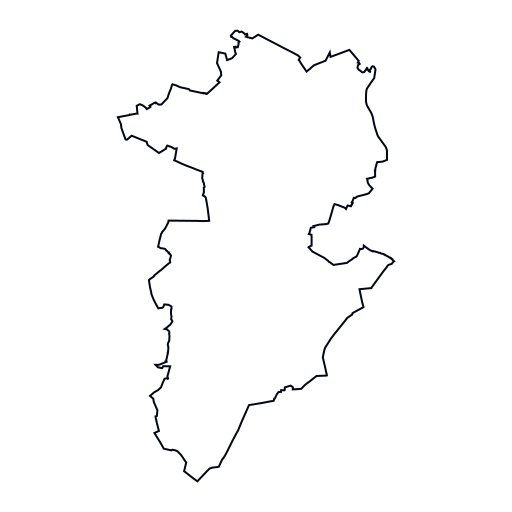 Tumes pag., Tukums, Latvia (orthographic projection)
{"feature_id": "27541924B85005755814597", "entity_name": "Tumes pag.", "entity_type": "district", "adm_level": 2, "iso_a3": "LVA", "parent_name": "Latvia", "parent_adm1": "Tukums", "projection": "orthographic", "projection_center": [23.074, 56.953], "detail": "fine", "context": "isolated", "style": "outline", "palette": "ink", "viewbox_px": 512, "rotation_deg": 0, "n_neighbors": 0, "source": "geoboundaries", "source_scale": "gbopen_adm2", "svg_char_len": 5969}
<svg xmlns="http://www.w3.org/2000/svg" viewBox="0 0 512 512"><path d="M225.1,455.4L227.3,451.2L232.4,440.9L237.2,431.9L238.1,430.4L241.1,423.0L249.0,405.1L262.4,402.9L271.2,401.2L273.6,400.9L274.2,398.6L274.9,398.4L276.8,394.3L277.6,393.3L278.4,392.2L278.9,392.0L281.0,391.9L281.2,390.1L284.5,390.3L284.7,390.1L284.8,387.4L290.6,385.6L292.4,386.8L292.8,387.2L292.9,388.0L292.8,389.4L299.4,389.0L301.4,388.7L304.8,385.1L308.2,382.4L308.4,382.4L316.5,376.0L323.9,375.7L326.0,375.6L326.9,375.4L324.9,366.3L323.7,361.3L322.8,357.1L323.4,354.4L324.4,350.0L325.1,347.7L330.6,339.1L334.7,333.6L338.4,329.1L347.4,317.8L352.3,314.5L352.5,313.1L363.2,307.3L363.5,307.0L362.2,302.3L360.1,292.4L359.5,289.2L371.3,288.1L371.3,287.9L377.6,279.2L383.4,271.3L386.4,267.5L387.4,266.0L388.5,264.9L391.7,263.9L393.2,261.9L394.1,261.3L392.0,259.3L392.2,259.1L391.0,258.1L390.9,258.4L387.8,256.4L384.6,254.8L384.7,254.6L383.1,253.9L381.0,253.5L380.1,252.8L379.0,252.9L378.0,252.4L373.1,251.0L372.8,251.4L370.5,250.4L368.7,249.3L366.5,247.7L363.8,245.6L363.7,247.2L362.9,248.7L361.4,249.0L359.9,248.9L359.8,249.5L356.8,256.1L355.8,256.9L353.3,258.1L352.1,259.3L348.8,261.4L347.3,262.7L346.4,263.0L333.4,264.9L329.8,262.2L329.0,261.9L328.3,261.0L324.3,257.9L312.5,251.6L308.5,247.2L308.8,246.9L311.6,245.6L311.6,236.5L311.5,235.8L311.5,234.8L308.8,234.0L309.6,232.7L310.8,227.8L314.1,227.2L313.5,226.1L313.9,226.0L319.4,224.6L326.2,224.1L328.3,223.5L329.5,220.1L330.7,216.0L330.8,215.7L333.5,206.3L334.5,204.1L338.1,205.1L341.5,206.5L344.3,207.5L344.9,207.9L346.0,209.0L347.1,206.6L347.6,205.5L350.9,206.3L351.1,206.0L351.2,205.4L352.0,203.9L352.2,204.1L352.7,203.1L352.2,202.8L352.3,202.5L351.8,202.2L352.5,201.3L353.8,197.8L355.4,198.0L356.7,196.8L357.3,196.5L364.9,194.6L368.7,193.4L372.6,188.7L369.5,185.5L368.8,184.5L367.8,182.6L367.2,178.9L367.5,178.8L367.4,178.7L372.1,177.7L373.9,177.1L375.1,176.5L375.1,172.6L374.9,170.8L375.2,170.8L375.4,168.3L376.3,165.3L376.3,164.7L377.2,162.1L382.3,161.7L387.0,159.9L387.0,153.2L387.0,151.4L386.8,150.1L386.5,148.8L386.0,147.6L385.4,146.5L378.6,137.1L377.9,136.0L377.4,134.9L375.5,129.1L374.6,126.0L373.7,122.1L373.1,118.7L372.7,116.8L372.1,115.0L371.2,112.8L367.0,105.6L366.5,104.0L366.2,102.6L366.0,100.7L366.0,95.1L366.3,91.1L366.6,89.7L366.8,89.2L367.0,88.5L371.1,82.4L374.2,78.1L375.5,69.5L374.1,66.7L372.4,66.3L371.7,67.0L371.3,67.5L371.0,68.7L369.4,70.2L369.4,70.6L370.1,71.4L370.0,71.8L369.4,71.6L368.6,71.0L368.6,70.1L368.0,69.8L367.2,69.7L366.8,69.1L367.4,68.8L367.4,68.2L367.0,67.9L364.3,72.0L362.7,72.4L362.1,72.3L360.2,70.6L358.9,69.9L357.5,67.9L357.7,66.1L358.3,64.8L359.7,63.9L359.0,62.9L357.8,62.6L358.7,60.9L349.4,49.9L330.5,56.9L329.8,52.4L325.6,60.7L314.1,65.2L312.4,66.6L309.5,69.2L308.8,69.7L306.6,71.6L301.4,64.0L299.2,60.4L298.7,60.0L300.2,57.5L297.9,55.4L290.3,51.3L285.6,49.0L258.2,34.7L252.4,38.4L248.3,37.4L246.0,36.7L247.4,35.1L247.0,33.8L244.9,34.4L244.4,33.5L241.7,31.6L239.3,32.2L237.7,30.7L235.1,30.9L233.2,33.0L231.1,35.4L230.9,35.5L231.2,36.9L232.1,36.9L233.4,38.3L234.7,38.9L238.7,40.9L239.5,41.7L238.5,42.6L238.6,43.9L237.8,47.2L235.9,47.5L235.7,46.7L234.1,47.0L235.5,53.0L235.9,54.0L232.4,57.9L231.8,58.3L227.1,60.1L225.3,53.6L218.7,52.2L217.0,63.1L221.0,71.8L221.2,75.4L217.3,80.6L218.5,81.4L219.5,82.3L209.8,91.3L206.7,94.0L205.6,93.7L205.7,93.3L203.4,92.9L203.3,93.3L190.0,90.5L188.8,89.1L180.4,87.3L178.0,86.3L176.5,85.5L172.5,84.3L171.9,85.2L170.9,88.8L168.9,93.5L167.5,98.1L161.4,104.5L158.7,104.6L155.8,102.6L155.6,102.8L155.5,102.5L154.0,103.1L151.2,104.8L149.5,105.6L150.4,106.9L149.0,107.9L146.8,109.1L146.2,108.3L146.4,108.2L143.2,105.7L142.2,105.2L139.9,104.2L136.7,105.8L137.5,113.6L136.9,113.5L129.9,114.8L129.7,114.7L129.6,115.0L117.9,117.2L120.9,124.0L121.4,128.0L125.5,139.4L125.6,139.5L127.1,139.6L131.6,135.7L146.7,141.8L147.6,145.0L159.0,153.0L166.0,148.7L166.2,147.4L167.3,145.6L171.6,147.1L174.3,148.8L176.7,148.4L175.0,158.5L174.2,160.2L181.8,163.7L187.0,165.9L190.8,167.3L191.2,167.4L196.5,169.6L202.7,171.9L202.6,172.4L202.7,172.9L203.1,173.4L202.5,173.9L202.4,174.3L202.4,176.3L202.2,176.9L202.2,178.3L202.7,179.6L202.9,180.5L202.8,181.1L202.9,181.5L203.6,182.4L203.9,183.2L203.9,184.1L204.1,184.8L204.6,186.9L203.8,187.8L203.9,188.0L203.8,190.7L204.0,191.9L202.9,195.4L205.0,196.6L205.9,197.9L206.3,200.4L207.7,208.5L209.2,220.8L203.5,221.1L197.4,220.9L168.6,220.6L168.6,221.1L168.1,222.7L165.3,228.2L163.3,230.7L162.0,232.2L162.0,232.7L161.0,234.1L160.6,236.2L159.6,239.8L158.1,246.8L159.0,247.1L160.6,248.2L162.7,248.4L165.0,248.9L165.8,249.7L166.2,250.6L167.1,251.0L167.7,251.8L168.3,252.3L168.9,252.5L168.7,253.4L169.9,254.0L171.0,255.6L170.1,258.9L169.7,259.8L170.2,262.4L168.5,263.6L164.8,266.7L160.8,270.3L159.9,270.8L154.1,275.6L154.2,276.1L152.4,277.5L150.2,278.9L148.9,280.1L150.1,287.7L151.3,292.7L151.3,293.8L151.8,294.9L152.3,296.4L153.8,300.0L156.3,304.8L158.3,308.3L162.3,307.8L163.1,307.3L164.3,304.4L168.3,304.8L170.6,305.9L171.5,306.6L171.5,308.8L171.1,309.2L171.0,312.0L171.0,313.6L171.5,316.8L171.1,319.2L172.3,320.8L172.4,321.5L170.0,325.0L169.0,325.6L167.5,327.0L164.8,328.9L166.9,329.3L169.2,331.4L169.4,332.5L169.1,333.6L169.5,335.9L169.2,340.9L168.1,343.0L167.8,344.7L168.4,347.8L167.9,352.9L167.7,352.9L167.7,353.8L166.8,357.9L166.4,359.3L166.3,359.9L166.3,360.4L166.5,361.1L165.8,361.3L166.3,361.9L159.2,364.7L157.9,364.9L155.4,364.8L155.7,365.2L156.5,365.5L157.8,367.3L162.1,368.1L163.3,366.2L170.2,366.3L167.4,376.3L168.1,378.4L167.8,378.8L166.9,378.3L164.6,378.7L162.7,382.9L161.0,387.4L157.9,390.2L154.3,392.2L150.0,395.9L153.3,398.7L153.8,402.0L157.4,410.3L156.9,415.9L155.5,416.4L156.0,419.2L157.2,424.3L158.9,431.0L154.4,433.0L159.9,441.8L163.8,448.7L171.5,450.4L172.3,449.7L175.3,450.3L177.5,451.3L181.1,455.0L186.2,462.6L184.1,471.2L193.5,478.5L197.4,481.3L197.9,480.8L198.5,480.1L205.5,472.7L209.6,468.5L211.6,467.9L212.2,467.6L217.2,467.1L218.9,466.6L222.0,459.8L223.5,457.9L225.1,455.4Z" fill="none" stroke="#020617" stroke-width="2"/></svg>